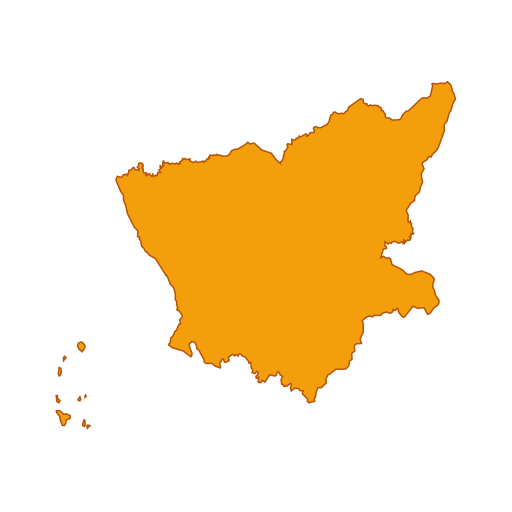 outline of Sinjai, Sulawesi Selatan, Indonesia, rotated 175°
{"feature_id": "22746128B62270956264702", "entity_name": "Sinjai", "entity_type": "district", "adm_level": 2, "iso_a3": "IDN", "parent_name": "Indonesia", "parent_adm1": "Sulawesi Selatan", "projection": "natural_earth1", "projection_center": [120.178, -5.197], "detail": "fine", "context": "isolated", "style": "filled", "palette": "amber", "viewbox_px": 512, "rotation_deg": 175, "n_neighbors": 0, "source": "geoboundaries", "source_scale": "gbopen_adm2", "svg_char_len": 6106}
<svg xmlns="http://www.w3.org/2000/svg" viewBox="0 0 512 512"><g transform="rotate(175 256 256)"><path d="M65.8,411.9L65.2,410.9L65.7,408.4L68.4,400.3L71.9,398.4L75.9,399.1L77.7,398.3L91.4,387.4L94.0,387.0L97.7,383.8L99.9,380.0L102.2,379.2L108.6,379.6L110.8,381.8L114.2,382.4L115.0,383.7L114.8,385.8L116.8,389.5L118.3,390.0L118.2,392.1L118.9,393.3L120.2,393.6L121.3,395.1L125.3,395.9L127.2,395.5L128.7,396.6L130.3,395.5L132.1,396.4L132.3,398.1L133.6,397.8L135.5,399.2L135.8,402.7L137.8,403.7L150.6,396.3L152.4,392.7L153.6,392.5L156.3,390.0L158.1,390.8L161.7,390.3L164.6,392.5L166.5,392.4L167.3,390.2L169.3,389.8L171.4,383.8L173.5,381.1L180.2,378.2L183.4,378.4L184.6,379.6L186.7,379.4L187.7,378.3L186.9,375.6L187.4,374.0L191.2,374.2L194.0,371.0L194.9,370.9L194.9,372.7L195.7,373.3L201.3,370.7L202.4,371.8L204.1,369.5L205.4,369.8L207.5,367.9L210.3,369.1L210.5,364.0L214.8,365.0L215.5,363.4L214.7,362.2L217.2,358.3L218.9,357.7L218.8,355.3L220.0,353.5L219.9,351.9L222.3,348.1L223.6,347.4L223.6,345.9L228.0,350.8L231.8,357.1L240.9,361.0L248.0,368.6L252.3,368.2L254.3,370.0L256.7,368.1L265.5,363.8L267.7,364.2L271.3,362.9L273.4,359.9L276.3,358.0L281.1,358.5L284.3,360.0L285.8,359.7L286.3,360.6L287.4,359.8L289.4,360.4L291.2,359.8L292.8,360.6L294.6,358.4L293.7,357.5L295.0,356.7L296.6,357.0L297.2,355.4L298.3,354.6L299.2,355.0L300.0,354.0L300.7,355.1L306.1,354.2L307.6,355.8L310.0,354.5L313.9,356.8L313.3,358.4L316.6,358.2L318.6,359.4L319.6,358.8L320.7,359.5L321.0,357.7L323.8,356.3L323.7,354.6L324.6,355.0L325.4,354.1L327.2,355.6L329.1,354.6L331.2,355.8L334.2,354.6L334.4,355.8L335.8,356.9L338.7,356.2L339.6,358.5L340.3,358.6L341.2,355.0L340.0,354.2L341.9,352.7L343.5,354.3L343.9,353.3L342.9,351.5L345.2,350.3L343.8,347.6L346.6,347.8L347.3,344.9L348.7,345.2L350.0,344.1L351.9,346.6L352.5,344.2L354.1,345.4L355.0,347.4L358.5,345.6L358.8,346.7L357.8,347.0L357.6,348.1L360.9,349.0L360.8,352.7L361.9,353.8L360.6,354.9L360.5,356.3L361.4,358.3L363.6,358.9L364.9,358.0L364.9,356.4L366.5,354.8L364.8,352.8L365.2,351.5L369.3,352.8L369.5,354.4L370.7,354.9L373.2,352.5L375.3,352.4L375.5,350.5L376.4,348.7L377.3,348.8L377.3,347.7L378.4,348.7L381.3,348.3L382.4,346.6L383.8,346.2L387.2,347.5L388.9,344.2L385.4,332.6L382.8,327.9L383.1,323.2L381.3,317.2L380.3,309.3L374.7,295.2L371.4,291.2L372.4,285.7L370.1,284.9L370.9,283.2L369.6,281.3L369.0,275.5L367.2,273.7L365.6,269.9L364.1,269.1L362.1,266.1L356.3,262.1L347.2,244.2L346.3,244.0L343.7,235.1L341.6,233.1L340.5,230.6L339.6,225.1L340.2,219.9L338.9,217.1L339.4,214.2L338.5,212.2L339.5,209.4L338.8,208.4L337.5,208.6L334.6,203.0L334.7,202.0L337.6,199.0L337.0,194.9L338.6,194.8L341.7,189.1L343.7,187.6L345.5,183.7L348.1,181.8L348.9,177.4L350.5,175.9L350.6,174.7L347.7,172.1L336.9,167.8L329.7,161.3L328.6,162.5L328.3,164.9L330.2,171.2L330.1,174.0L327.4,176.4L325.0,175.7L323.3,172.8L322.9,168.7L321.0,166.9L316.7,156.9L317.1,155.2L315.2,153.3L309.2,152.8L306.1,149.8L301.6,147.6L300.9,148.6L301.5,152.2L298.3,156.4L297.3,156.2L296.8,153.2L295.9,152.7L291.9,154.0L292.3,157.4L288.5,159.9L287.3,160.1L286.2,158.3L284.1,159.7L282.6,157.9L281.3,160.0L280.1,160.0L278.0,157.3L275.6,156.4L272.6,151.6L272.4,150.0L270.4,150.5L270.5,145.1L269.0,142.3L270.2,140.3L267.4,138.9L265.3,141.0L264.3,140.3L264.3,138.2L266.6,135.9L266.3,134.2L264.0,135.0L264.8,131.1L264.4,129.8L262.3,129.4L260.8,131.6L258.1,129.6L252.6,136.5L247.5,134.7L246.3,135.4L245.0,138.4L243.7,138.7L242.0,135.1L240.0,133.8L241.9,130.4L241.5,126.0L239.6,125.0L239.5,123.5L236.3,123.8L232.9,126.1L231.9,125.4L233.2,121.1L232.5,118.5L229.0,121.1L225.1,120.1L223.8,117.9L220.9,117.7L221.9,114.7L217.1,109.1L217.5,106.8L215.9,105.1L210.2,106.2L210.5,108.8L208.9,110.7L208.0,114.9L205.8,119.4L202.7,119.0L197.1,123.3L197.0,127.6L194.4,131.7L192.8,131.9L186.2,136.3L176.7,135.5L173.3,138.4L171.8,143.4L169.4,144.6L169.1,150.7L165.9,152.7L166.0,156.9L165.3,158.7L163.5,159.8L158.5,159.7L159.5,164.3L155.8,170.9L155.1,179.3L155.8,182.3L151.3,185.5L148.5,186.5L145.3,185.2L143.4,186.5L137.3,186.0L134.5,188.1L131.1,188.8L127.1,187.2L124.8,188.5L124.1,190.6L122.2,189.6L120.0,191.3L119.3,191.2L118.7,187.4L116.5,184.0L114.7,182.2L113.4,182.3L104.0,192.3L99.4,189.8L93.2,189.9L90.1,182.9L87.7,183.7L83.2,188.9L79.3,191.1L77.7,193.7L77.6,196.1L80.7,201.4L81.1,205.9L82.5,209.0L82.2,213.0L80.3,217.0L81.3,219.2L84.2,222.7L92.1,226.6L99.0,225.8L103.4,224.1L107.0,224.6L111.9,229.8L121.2,235.6L122.3,241.6L124.2,242.6L127.0,242.7L128.9,244.6L131.8,243.5L128.6,251.7L125.3,252.2L125.4,254.3L126.6,254.8L126.8,256.1L126.1,259.1L123.6,256.4L121.9,257.5L120.1,256.8L119.1,258.0L116.5,258.6L112.9,256.3L109.5,257.3L108.4,255.5L107.3,255.4L106.4,256.5L107.8,258.2L107.5,259.1L105.1,257.4L103.8,258.7L101.6,258.2L100.1,260.3L101.6,261.7L99.6,262.5L99.6,264.9L98.1,264.0L97.0,264.5L98.0,266.8L97.2,269.5L98.6,272.1L98.2,275.0L99.3,275.5L99.3,277.4L100.8,276.3L101.6,277.3L100.8,283.3L102.1,287.0L102.0,289.0L96.8,295.4L93.4,297.3L92.2,302.1L87.5,305.7L86.5,309.7L83.6,315.0L84.3,321.1L83.9,324.0L81.0,328.2L82.3,332.4L81.9,334.7L77.9,336.6L75.1,339.9L72.7,339.4L71.4,342.0L67.8,344.6L65.1,347.9L57.4,364.4L57.1,370.4L53.8,374.0L51.0,381.8L49.4,383.4L46.7,390.5L43.6,395.1L44.9,401.2L46.4,403.6L46.0,404.7L47.1,409.7L50.1,412.9L51.8,411.7L53.9,411.4L55.9,412.1L62.8,411.6L64.1,412.6L65.8,411.9ZM465.4,110.0L463.7,104.1L461.6,103.8L460.2,105.8L459.2,109.4L455.4,110.3L455.0,113.1L458.1,115.1L461.4,115.3L465.1,119.1L468.4,119.2L468.4,117.9L465.4,113.0L465.4,110.0ZM437.9,185.6L440.6,184.6L441.7,182.0L440.4,178.6L437.5,175.7L434.9,178.8L434.1,181.7L436.3,184.9L437.9,185.6ZM461.8,162.0L463.3,155.5L462.4,153.6L460.9,154.7L459.9,158.6L460.4,161.3L461.8,162.0ZM467.2,134.3L467.1,128.4L465.1,126.9L463.9,129.0L466.3,132.0L465.9,134.3L467.2,134.3ZM441.8,101.2L440.8,102.9L440.8,107.4L441.5,107.7L443.5,103.6L443.1,101.7L441.8,101.2ZM443.7,131.1L445.9,128.5L445.4,127.4L444.0,127.1L443.1,128.4L443.7,131.1ZM438.2,102.3L439.4,101.4L439.0,99.1L436.2,101.5L438.2,102.3ZM455.4,172.8L456.7,171.6L456.8,168.5L454.1,171.3L455.4,172.8ZM437.9,132.3L438.5,131.5L438.5,130.0L437.4,131.1L437.9,132.3Z" fill="#f59e0b" stroke="#b45309" stroke-width="1.5"/></g></svg>